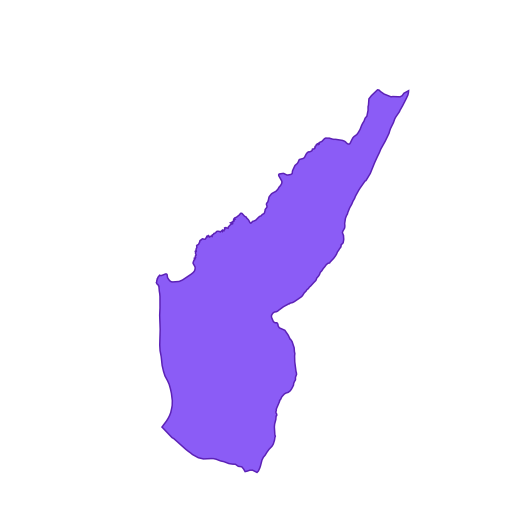 the district of Nan, Louangphrabang, Laos, rotated 201°
{"feature_id": "54806243B77151952253527", "entity_name": "Nan", "entity_type": "district", "adm_level": 2, "iso_a3": "LAO", "parent_name": "Laos", "parent_adm1": "Louangphrabang", "projection": "equal_earth", "projection_center": [101.94, 19.329], "detail": "fine", "context": "isolated", "style": "filled", "palette": "violet", "viewbox_px": 512, "rotation_deg": 201, "n_neighbors": 0, "source": "geoboundaries", "source_scale": "gbopen_adm2", "svg_char_len": 6109}
<svg xmlns="http://www.w3.org/2000/svg" viewBox="0 0 512 512"><g transform="rotate(201 256 256)"><path d="M339.1,203.5L339.9,201.0L339.8,199.5L340.1,199.0L339.8,198.6L339.8,197.5L339.4,196.0L339.5,195.4L338.2,194.3L337.2,194.1L336.4,193.2L335.9,193.1L333.6,188.4L332.3,186.2L331.1,183.7L326.9,172.8L324.7,166.2L319.1,153.0L314.0,138.5L311.6,133.2L308.4,128.0L304.4,120.2L301.1,115.3L298.0,111.4L293.8,107.8L291.1,105.1L288.4,101.5L285.7,97.4L282.3,91.0L280.7,86.5L280.2,84.0L279.5,79.3L279.5,76.1L279.8,73.2L280.4,70.0L282.5,62.6L269.4,56.4L267.1,56.0L252.4,50.4L249.2,49.4L246.5,48.7L244.2,47.9L237.6,47.0L232.4,47.7L225.3,50.8L223.1,51.6L220.4,52.0L215.7,52.0L212.2,52.5L206.9,52.5L203.3,53.3L200.6,54.2L197.2,53.3L193.8,54.1L191.4,52.8L188.9,50.8L187.1,52.0L185.0,53.8L182.5,54.8L177.5,54.3L176.7,56.2L176.5,59.4L176.6,61.6L177.3,67.7L177.0,70.8L176.1,73.3L175.5,76.6L174.6,80.1L172.9,84.1L172.5,86.3L172.5,87.3L172.7,90.4L173.0,92.0L173.4,93.5L173.3,94.0L173.4,94.8L174.2,95.6L177.6,103.0L178.4,105.9L178.9,110.5L179.9,113.8L179.6,114.1L179.5,114.6L179.8,115.4L180.2,116.0L181.1,116.7L181.7,117.6L181.6,118.6L181.9,119.8L182.2,120.2L181.9,128.7L182.2,129.5L182.1,130.1L181.7,130.5L181.5,133.5L181.2,134.5L180.1,137.3L179.0,138.7L177.0,140.3L175.7,142.5L175.1,145.0L174.7,148.7L175.2,150.8L175.1,152.7L174.8,154.3L174.9,155.0L175.5,156.3L175.7,157.2L175.7,160.0L176.4,161.4L177.3,162.6L181.9,171.1L184.1,176.4L184.8,178.9L185.8,180.4L187.5,184.0L191.6,189.0L194.0,190.7L194.7,190.7L195.1,191.3L197.5,193.6L202.5,197.0L208.4,197.3L209.8,198.2L210.6,199.1L211.0,200.0L211.6,200.6L212.2,201.0L212.8,201.1L214.2,200.5L216.2,200.9L219.5,204.3L220.1,205.5L220.2,206.4L219.9,208.3L219.4,209.3L218.8,210.2L217.0,211.3L216.1,212.2L215.2,213.8L212.1,218.6L208.1,223.3L207.7,223.3L207.3,224.2L205.2,225.6L203.8,227.2L199.0,234.2L198.4,235.6L197.8,238.7L196.6,241.5L196.5,242.5L195.9,243.8L195.5,244.1L195.0,246.2L194.3,247.4L192.5,252.0L191.4,254.5L191.3,255.3L191.4,257.0L190.4,259.8L190.1,261.4L190.1,263.8L189.3,265.7L188.7,268.5L188.0,270.4L187.3,273.0L186.2,275.0L184.9,275.8L184.7,276.1L184.7,276.7L182.7,281.5L181.9,284.4L181.5,286.5L181.4,289.4L181.0,290.4L180.6,292.9L180.1,294.2L180.2,294.7L180.0,295.0L180.5,297.1L180.2,297.4L180.1,298.0L179.6,298.7L179.4,299.7L180.0,302.9L180.3,303.2L180.3,303.6L180.9,304.8L181.6,306.4L183.5,308.5L183.8,309.1L183.8,310.5L183.3,313.6L183.5,314.9L183.9,316.1L184.9,318.2L186.0,323.3L186.0,326.1L185.7,328.1L185.9,329.5L185.8,334.6L185.2,338.6L185.1,341.9L184.6,345.1L184.6,347.4L183.7,354.0L183.2,356.6L181.1,365.0L180.4,365.8L180.2,366.7L178.9,374.0L178.7,385.6L178.3,392.0L177.9,396.6L177.8,400.6L176.5,409.6L176.0,415.6L175.8,418.5L176.0,420.2L176.1,423.2L175.5,429.8L175.6,433.8L175.3,436.0L173.8,442.2L173.8,443.5L173.0,448.8L172.1,457.2L171.9,460.8L172.3,463.4L172.8,465.0L176.2,461.0L177.0,458.0L178.6,456.2L185.4,453.9L187.0,453.0L194.4,453.1L198.5,454.1L200.7,455.0L202.1,454.7L205.7,447.1L206.9,443.2L205.1,437.2L204.9,435.6L203.6,432.2L202.6,426.3L203.5,423.8L203.5,420.3L203.9,418.6L204.2,415.9L204.2,411.4L204.8,407.7L205.4,405.5L207.3,402.6L207.9,401.1L208.2,398.9L208.5,395.2L208.8,394.2L209.1,393.9L210.0,393.6L210.9,393.6L212.1,394.0L213.3,394.6L214.5,394.9L216.7,394.9L223.3,393.5L225.8,392.6L229.8,392.3L233.3,391.0L234.1,390.1L235.6,386.5L237.1,385.1L237.7,384.2L237.1,383.5L237.1,383.2L237.5,383.0L237.8,382.5L238.1,383.2L238.3,382.9L238.8,382.9L239.5,381.7L239.6,381.3L239.4,381.0L239.4,380.6L240.0,379.7L240.1,379.2L239.7,378.7L240.0,377.8L239.7,377.6L239.8,377.2L240.9,376.3L241.6,376.1L241.7,375.9L241.4,374.9L241.7,374.0L243.3,372.4L244.0,372.2L244.5,371.9L245.3,370.5L245.7,369.0L246.0,365.8L246.3,364.8L247.0,363.9L250.1,361.6L250.2,361.2L250.3,358.6L250.6,357.2L252.0,354.6L252.1,353.9L252.4,349.5L252.4,348.3L251.8,346.2L252.0,345.5L252.6,344.7L255.3,343.0L256.4,342.7L259.6,343.0L260.2,342.9L263.7,340.9L263.9,340.4L263.9,339.8L263.5,339.1L258.7,335.1L258.2,334.0L258.0,332.6L258.2,331.4L258.6,329.8L259.1,328.7L259.5,326.2L259.9,325.2L260.6,323.5L263.2,320.5L263.8,319.6L264.9,316.2L264.9,315.2L264.5,312.6L264.4,310.5L264.9,309.2L264.9,308.4L264.7,307.8L263.6,306.5L263.3,305.3L264.1,302.8L263.8,301.5L263.6,299.7L263.7,298.6L264.0,298.1L265.0,297.1L265.6,295.3L266.6,294.5L267.3,293.4L269.1,289.3L270.9,287.5L271.5,287.2L272.4,285.0L272.7,284.7L273.8,285.1L275.4,286.6L276.5,287.3L278.2,288.0L279.0,288.8L280.9,289.0L284.3,290.7L284.9,290.7L285.7,290.3L286.3,288.3L288.2,285.1L289.4,284.1L289.3,283.5L289.9,283.1L289.9,282.6L289.0,282.5L289.9,281.6L289.9,281.3L289.2,281.2L289.1,280.7L289.2,280.2L289.7,279.8L290.1,279.6L290.4,279.4L290.4,279.0L291.7,277.8L290.9,277.6L290.5,278.0L289.5,278.1L289.4,277.7L290.0,277.2L290.6,277.0L290.8,276.3L291.1,275.9L292.2,273.3L292.1,271.9L292.6,271.9L293.5,271.6L294.2,271.8L294.5,271.7L294.9,271.1L295.3,271.1L295.4,270.9L294.9,270.2L294.7,269.5L295.0,269.0L295.0,268.6L295.4,268.3L296.3,268.4L296.3,268.0L295.8,267.8L296.3,267.6L296.2,267.0L297.0,267.4L297.2,266.8L297.6,266.5L297.9,265.7L299.3,265.8L301.1,265.2L301.7,264.5L301.8,263.6L302.8,262.3L303.4,261.9L303.4,261.1L304.4,259.9L304.5,259.5L304.0,259.1L304.0,258.4L304.8,258.5L305.2,258.4L306.2,257.0L306.9,257.2L307.1,257.8L307.8,258.0L307.9,257.2L308.7,257.2L308.8,257.0L308.5,256.5L309.0,256.4L308.9,255.6L309.1,255.3L309.3,254.0L309.5,253.5L310.3,253.1L312.1,252.9L312.6,252.3L312.8,251.5L313.5,251.0L313.5,250.4L313.9,249.9L313.6,248.8L313.8,246.7L313.9,246.1L314.9,245.0L315.1,244.3L314.3,242.9L314.4,241.1L314.2,240.4L313.4,239.1L313.4,238.9L313.7,238.8L314.3,238.8L314.3,238.4L313.7,237.9L313.6,237.2L313.3,236.6L312.3,235.6L312.3,235.2L312.6,234.6L312.5,233.8L312.3,233.2L312.2,233.1L312.1,233.3L311.8,232.8L311.9,232.0L312.5,232.1L312.8,231.9L312.6,231.4L312.0,230.6L312.2,230.2L312.4,230.0L312.4,227.5L312.1,226.6L309.6,224.5L308.8,223.7L308.3,222.4L308.1,221.1L308.1,219.8L308.7,218.1L310.0,215.8L316.0,207.3L318.6,204.7L324.5,201.9L326.0,201.6L327.4,201.9L329.1,202.8L330.8,204.1L332.4,206.8L333.0,207.1L333.7,207.0L334.6,206.3L337.1,204.0L338.6,203.4L339.1,203.5Z" fill="#8b5cf6" stroke="#5b21b6" stroke-width="1.5"/></g></svg>